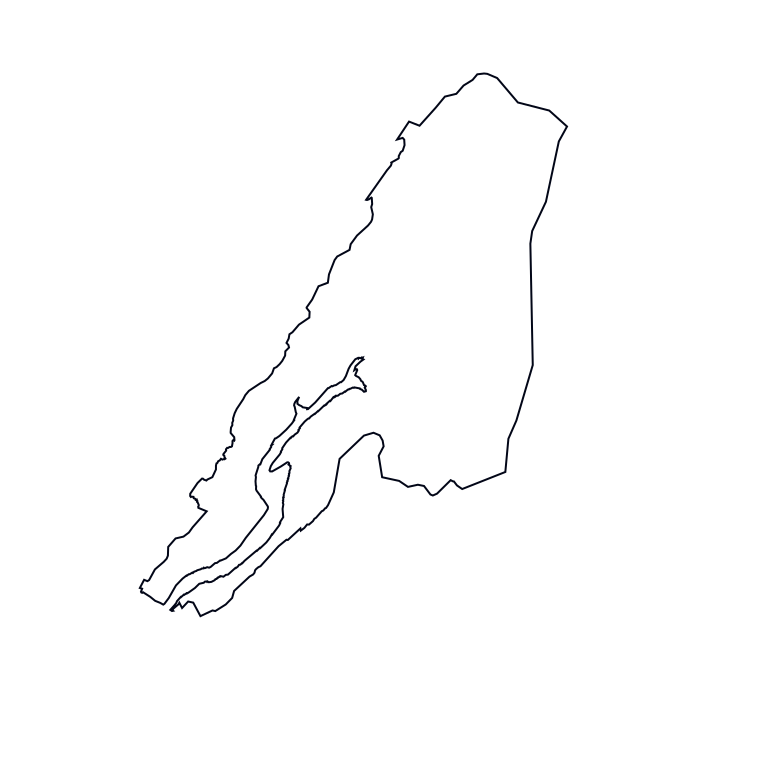 Stryn nor, Sogn og Fjordane, Norway, rotated 310°
{"feature_id": "86288312B20375787798731", "entity_name": "Stryn nor", "entity_type": "district", "adm_level": 2, "iso_a3": "NOR", "parent_name": "Norway", "parent_adm1": "Sogn og Fjordane", "projection": "natural_earth1", "projection_center": [6.614, 61.822], "detail": "fine", "context": "isolated", "style": "outline", "palette": "ink", "viewbox_px": 768, "rotation_deg": 310, "n_neighbors": 0, "source": "geoboundaries", "source_scale": "gbopen_adm2", "svg_char_len": 6126}
<svg xmlns="http://www.w3.org/2000/svg" viewBox="0 0 768 768"><g transform="rotate(310 384 384)"><path d="M663.8,253.1L652.8,252.9L643.3,245.9L628.8,246.0L604.7,245.2L601.1,234.5L579.7,236.9L584.5,240.1L584.2,242.4L580.2,246.2L574.7,248.4L572.4,247.8L568.1,248.8L566.6,250.1L565.8,250.1L558.3,247.2L557.8,248.1L555.7,248.9L549.6,248.9L513.6,251.9L514.0,252.7L515.7,253.7L518.7,254.5L518.7,255.0L514.2,259.3L511.3,260.5L506.8,266.4L502.4,269.1L500.0,269.8L495.2,269.9L480.4,267.9L469.7,268.6L464.6,271.4L451.6,266.2L447.2,266.5L432.6,271.4L425.5,275.9L416.8,271.0L402.5,274.7L392.9,275.5L392.5,275.9L391.5,280.6L386.9,284.1L374.8,280.7L364.8,280.6L361.3,279.6L357.5,281.8L352.8,282.9L352.4,285.7L350.9,287.8L345.6,287.4L342.2,290.0L336.3,291.2L332.2,291.3L327.9,290.8L325.3,289.6L320.2,291.5L313.6,291.5L309.6,290.7L305.5,288.9L292.0,284.9L286.3,284.9L281.9,285.9L270.3,287.2L265.6,288.4L260.6,290.5L259.0,292.0L256.7,292.7L255.0,294.3L252.3,294.8L248.6,297.4L247.9,298.1L247.0,303.4L244.8,305.6L244.3,305.7L244.2,304.6L242.9,304.6L241.3,306.0L238.5,307.6L237.3,307.2L236.6,306.2L234.7,305.6L234.3,304.9L232.4,304.9L231.5,305.9L227.2,306.0L226.4,306.4L226.4,307.8L225.5,308.7L224.9,310.5L223.8,310.2L223.6,309.6L222.2,308.8L221.9,307.2L219.9,307.3L218.2,306.6L216.4,307.1L215.5,306.7L213.5,307.7L210.5,310.2L202.3,312.4L197.3,310.1L195.9,310.0L195.0,307.6L195.1,306.2L194.6,305.4L188.3,304.8L175.4,306.1L173.6,307.5L173.3,308.7L174.0,309.0L175.1,310.6L174.2,311.7L174.8,313.4L174.2,314.2L175.1,314.9L174.2,315.7L174.3,316.3L173.5,316.6L173.5,317.4L172.3,319.8L171.5,320.4L170.6,320.5L169.8,321.4L172.5,330.0L151.2,329.5L144.8,330.0L138.2,328.5L131.7,323.6L120.5,323.4L113.6,328.8L110.5,329.8L106.2,329.6L94.7,327.7L82.8,330.1L80.9,329.5L79.8,326.1L70.8,328.1L71.7,330.3L68.6,331.4L68.3,332.3L68.7,333.1L69.6,333.3L70.7,341.8L70.8,348.1L72.5,353.3L73.1,356.7L74.4,357.1L81.7,356.7L96.0,354.1L105.5,354.8L110.3,355.8L110.3,356.2L112.7,356.7L113.3,357.4L116.4,358.4L116.4,359.1L118.2,359.2L120.3,360.5L121.2,360.6L124.3,362.7L125.5,363.0L126.5,364.1L127.4,364.1L127.3,364.6L128.0,365.3L130.0,366.3L130.9,368.1L132.4,368.8L138.1,369.7L139.6,371.0L143.5,371.9L143.6,372.3L148.8,375.0L155.5,376.0L161.0,377.4L167.9,377.9L177.3,377.0L206.2,376.3L213.5,375.3L215.2,374.2L215.6,373.5L217.8,366.1L217.9,363.5L218.3,362.2L218.7,362.1L220.4,354.9L221.1,353.6L223.6,351.7L223.7,351.2L226.9,348.1L230.4,345.7L231.4,344.4L239.7,341.0L240.8,340.2L242.9,340.5L243.0,340.9L248.2,339.1L260.3,338.8L260.6,338.3L263.2,338.1L264.3,337.2L265.1,337.3L264.8,337.0L272.1,335.5L273.1,336.2L277.0,337.3L286.2,338.5L294.5,338.8L298.4,338.5L298.3,338.1L305.0,336.0L305.7,334.6L309.1,330.3L309.8,328.9L311.1,328.1L313.3,327.5L319.6,327.3L315.3,328.6L313.2,330.4L313.3,332.6L314.0,335.0L313.9,336.7L316.3,340.7L315.3,341.3L315.9,341.9L325.6,343.2L344.8,343.7L345.2,344.2L348.8,345.2L349.1,346.0L350.8,346.7L352.3,347.9L357.3,349.3L357.8,350.0L361.1,350.5L365.6,349.7L373.0,347.1L376.7,346.4L384.5,346.1L386.9,347.2L386.9,347.8L387.5,347.5L388.4,348.3L387.3,348.0L388.4,348.7L388.8,349.7L390.0,349.8L390.4,350.4L389.4,350.5L390.4,350.9L389.3,351.3L389.6,352.5L386.0,351.6L379.3,350.8L375.6,352.4L377.4,352.9L377.9,353.9L377.4,354.6L372.3,356.2L372.2,357.4L372.9,360.3L372.5,362.8L371.7,364.3L371.9,366.1L371.6,367.0L370.3,369.4L370.9,370.8L370.4,370.1L370.6,371.1L369.2,371.3L370.2,371.3L370.2,371.6L368.8,371.6L367.7,374.1L367.1,374.1L366.7,374.7L365.2,373.7L365.4,370.5L364.8,369.0L365.1,368.4L362.3,363.4L361.7,363.4L361.1,362.3L358.7,361.3L358.0,360.6L357.2,360.6L356.5,359.9L353.2,359.3L353.2,358.9L349.9,358.1L348.4,356.8L345.4,356.2L344.4,355.1L342.9,354.8L343.2,354.4L341.4,354.1L341.4,353.7L336.4,353.9L336.3,353.3L331.9,352.7L331.9,353.0L330.4,353.1L331.0,352.9L329.2,352.4L329.2,352.0L320.8,351.1L320.8,350.8L316.6,350.3L316.6,350.0L311.8,348.8L309.5,348.8L309.1,348.3L307.6,347.9L304.3,347.4L296.4,347.3L296.1,348.0L293.7,348.0L293.5,348.7L291.1,349.0L287.8,348.1L285.5,348.1L285.1,347.4L282.7,347.3L282.7,346.9L276.2,346.6L269.4,347.3L268.6,348.1L266.0,348.4L265.7,348.9L263.1,349.4L252.1,349.5L248.3,350.1L244.3,351.7L243.9,353.0L245.1,354.5L254.5,358.0L261.8,360.2L262.4,361.0L262.4,362.0L261.8,362.7L260.9,362.7L261.1,365.2L260.5,365.2L259.4,366.7L256.5,367.5L255.1,368.8L254.2,368.8L253.9,369.3L252.5,369.9L252.5,370.3L249.9,371.1L249.9,371.6L247.6,372.2L247.6,372.6L245.9,373.0L245.6,373.5L239.0,376.0L239.0,376.4L234.7,378.3L233.8,379.2L232.4,379.6L232.4,380.1L231.8,380.1L230.4,381.4L229.8,381.4L229.3,382.3L227.9,382.9L227.2,384.2L223.1,386.6L217.2,392.4L211.7,393.1L210.8,393.4L210.8,393.9L208.2,394.6L196.7,395.2L196.7,394.8L192.6,395.5L187.0,395.7L178.7,394.7L178.7,394.3L174.5,393.9L174.5,393.5L158.9,390.8L155.7,390.7L155.7,390.4L153.3,390.1L152.3,389.2L150.0,389.4L147.6,388.8L147.6,388.4L137.7,387.0L136.1,385.5L133.2,384.9L131.8,382.3L130.9,382.2L130.9,381.8L128.5,381.3L128.5,381.0L127.0,381.0L126.1,380.3L124.9,380.4L121.5,379.0L119.5,377.2L119.3,375.6L118.7,375.6L118.8,375.1L117.4,373.8L115.9,373.7L112.2,370.9L106.2,370.3L99.6,368.6L98.1,368.2L97.1,367.3L96.6,367.5L96.5,367.2L94.1,366.5L94.1,366.1L90.2,365.5L90.2,365.2L84.6,365.0L82.8,365.6L80.2,365.7L73.6,365.5L73.8,367.5L74.7,368.2L74.7,367.5L76.3,367.0L83.4,368.2L84.9,367.8L82.6,373.3L91.5,373.8L93.9,378.4L88.2,392.6L100.3,398.2L101.6,400.7L113.4,404.5L122.5,405.2L129.1,402.2L150.1,404.8L154.0,406.2L156.2,406.1L158.4,405.0L160.1,405.0L162.9,405.5L165.0,406.5L192.0,407.5L202.0,409.4L202.7,410.6L219.6,412.8L218.2,414.5L222.5,415.5L227.0,415.4L228.1,416.9L233.3,417.7L236.0,417.3L237.9,417.9L246.5,418.1L248.1,418.8L251.0,418.8L251.8,419.3L255.2,419.0L268.7,415.2L298.1,398.1L331.6,401.8L339.9,407.3L341.9,413.7L339.8,419.3L336.0,423.8L325.6,426.1L311.4,442.5L319.5,457.9L320.6,468.5L328.6,474.7L331.6,480.2L329.2,490.6L330.0,493.1L334.1,495.1L353.2,496.9L353.7,499.3L354.3,500.2L353.2,505.1L353.8,511.4L394.6,533.5L422.0,514.5L441.1,508.9L494.1,485.8L585.6,405.9L596.4,399.2L627.7,390.9L682.2,362.0L698.9,358.7L699.7,334.8L685.7,305.6L691.1,274.0L688.0,263.8L686.2,261.1L681.2,256.4L673.9,256.4L663.8,253.1Z" fill="none" stroke="#020617" stroke-width="2"/></g></svg>